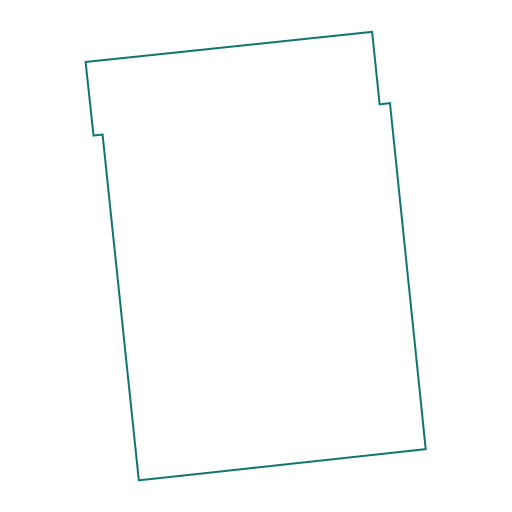 outline of Kearny, Kansas, United States of America, rotated 174°
{"feature_id": "52423323B71286505277012", "entity_name": "Kearny", "entity_type": "district", "adm_level": 2, "iso_a3": "USA", "parent_name": "United States of America", "parent_adm1": "Kansas", "projection": "robinson", "projection_center": [-101.274, 38.0], "detail": "fine", "context": "isolated", "style": "outline", "palette": "teal", "viewbox_px": 512, "rotation_deg": 174, "n_neighbors": 0, "source": "geoboundaries", "source_scale": "gbopen_adm2", "svg_char_len": 283}
<svg xmlns="http://www.w3.org/2000/svg" viewBox="0 0 512 512"><g transform="rotate(174 256 256)"><path d="M405.2,466.8L405.0,392.8L395.9,392.8L396.0,45.2L381.4,45.2L107.4,46.2L106.8,394.0L117.2,393.9L117.1,466.8L405.2,466.8Z" fill="none" stroke="#0f766e" stroke-width="2"/></g></svg>